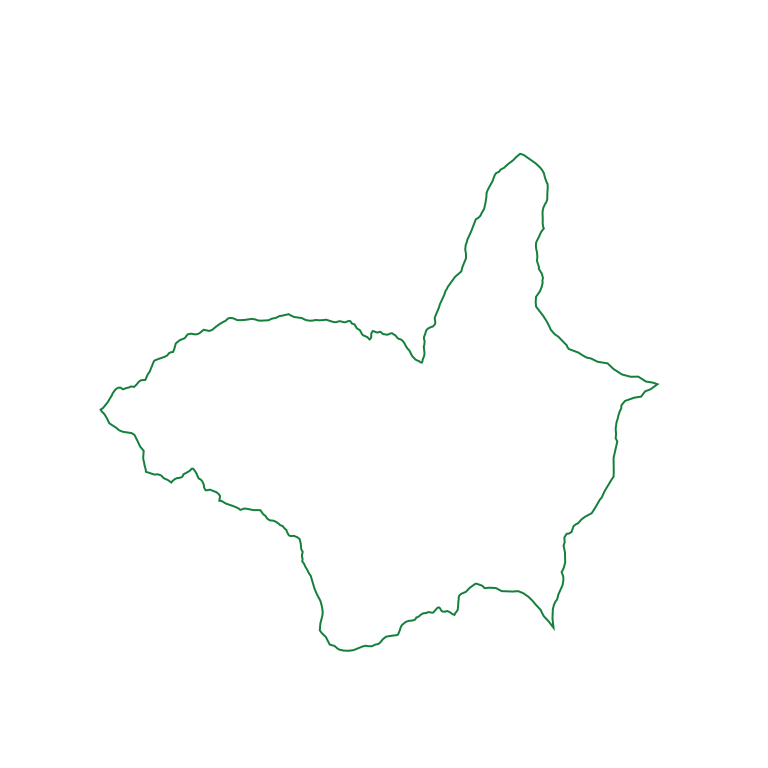 the district of Lauri, Samdrup Jongkhar, Bhutan, rotated 21°
{"feature_id": "84629894B60450500664281", "entity_name": "Lauri", "entity_type": "district", "adm_level": 2, "iso_a3": "BTN", "parent_name": "Bhutan", "parent_adm1": "Samdrup Jongkhar", "projection": "natural_earth1", "projection_center": [91.92, 27.142], "detail": "fine", "context": "isolated", "style": "outline", "palette": "green", "viewbox_px": 768, "rotation_deg": 21, "n_neighbors": 0, "source": "geoboundaries", "source_scale": "gbopen_adm2", "svg_char_len": 6165}
<svg xmlns="http://www.w3.org/2000/svg" viewBox="0 0 768 768"><g transform="rotate(21 384 384)"><path d="M128.6,509.5L131.0,511.2L132.4,511.6L134.3,512.7L138.5,516.1L141.4,519.0L143.7,519.6L150.2,521.0L153.1,522.1L157.4,522.2L165.9,520.3L169.2,520.9L174.2,525.4L178.7,529.8L183.6,532.5L185.6,539.2L186.5,540.9L188.4,543.6L189.7,545.9L192.1,549.1L193.2,551.3L202.3,550.8L205.3,549.3L208.8,549.3L212.3,550.9L216.6,551.1L220.7,552.2L221.2,550.7L222.4,548.3L224.4,546.1L226.9,544.8L228.4,543.6L229.1,542.4L229.1,540.3L232.8,535.9L234.0,534.2L234.8,532.0L236.3,531.5L239.2,533.3L241.3,535.0L242.9,536.8L244.9,538.6L247.2,538.9L249.1,539.9L251.7,542.4L253.0,544.9L254.8,546.7L255.6,547.1L257.1,546.5L259.4,545.0L266.4,545.1L268.9,545.9L271.0,547.3L271.4,548.6L272.1,552.0L274.1,551.4L279.4,552.3L286.8,552.0L290.6,552.1L293.3,552.4L294.2,552.9L295.2,552.9L298.0,550.4L301.4,549.5L307.4,548.5L313.8,546.1L317.8,548.8L320.8,549.7L323.1,551.5L326.2,552.2L329.5,551.3L332.2,551.3L335.7,552.1L337.7,553.0L340.2,552.9L343.5,554.8L345.0,555.1L346.1,556.5L349.2,559.3L351.1,559.5L354.2,558.1L357.6,558.1L360.7,558.9L363.6,563.0L364.9,565.9L365.9,567.7L367.0,568.9L368.0,569.5L368.5,570.8L368.5,572.5L369.3,574.6L370.7,576.5L371.2,578.8L373.9,580.6L376.2,582.9L378.6,584.7L381.6,587.5L384.4,589.4L392.4,599.9L397.1,604.7L402.3,609.2L404.9,612.7L406.7,615.5L408.5,618.8L409.5,622.4L410.4,630.3L412.3,636.9L414.8,638.6L418.0,640.1L420.2,640.9L426.7,646.7L431.7,646.3L436.2,647.9L438.2,647.9L442.0,647.3L446.7,645.7L451.0,643.3L458.2,636.6L460.7,634.9L463.1,634.5L466.6,633.2L469.4,630.3L472.0,628.6L473.2,626.5L474.4,622.7L476.3,619.5L477.0,618.8L482.2,615.8L485.6,614.1L486.9,612.9L487.0,607.8L486.8,605.6L486.9,603.8L487.4,602.1L489.5,598.4L491.9,596.3L494.8,594.9L496.5,593.7L497.4,592.8L497.7,591.8L497.9,590.3L498.5,590.0L499.9,588.4L501.1,586.1L502.6,584.2L504.2,583.2L505.3,582.9L506.6,581.4L508.1,580.8L510.8,580.3L511.9,579.7L514.0,574.0L515.0,573.0L515.8,572.9L517.0,573.5L518.2,574.7L519.4,575.3L520.6,575.4L522.7,574.6L524.3,573.3L527.0,573.4L530.5,574.3L532.5,574.3L532.6,572.8L533.8,568.6L532.5,563.7L531.3,560.3L531.0,558.4L530.3,556.9L530.1,554.8L530.5,553.5L531.7,551.8L535.0,548.6L537.1,543.5L540.9,537.8L541.7,537.3L547.3,537.1L548.8,537.4L550.8,538.5L552.1,538.2L552.9,537.6L556.0,536.2L561.6,534.4L568.1,535.2L578.6,531.6L583.5,529.3L589.1,529.4L595.7,531.1L599.8,532.9L605.1,535.8L611.2,538.8L616.0,543.3L622.6,546.5L629.6,550.8L625.3,542.5L622.3,533.6L621.8,529.3L622.0,525.8L622.8,523.2L622.6,520.6L622.2,518.4L622.8,507.8L621.7,502.6L620.4,499.6L617.2,495.8L617.7,492.9L617.6,489.9L617.0,485.4L613.3,476.4L609.5,470.4L609.4,467.0L607.4,462.7L608.2,458.4L610.0,457.5L610.8,456.8L611.5,455.6L612.1,455.0L611.9,448.7L613.5,446.1L615.2,444.3L616.9,439.7L619.1,436.1L624.2,430.2L625.4,424.6L626.9,415.0L628.0,411.5L628.1,408.9L628.4,404.8L630.7,391.7L631.6,388.3L631.1,387.1L630.3,384.5L624.8,370.7L622.4,354.0L619.7,351.6L618.7,347.8L616.3,342.8L614.8,336.4L614.6,332.6L614.1,329.1L613.9,325.0L614.2,322.1L613.3,318.6L615.1,313.4L622.5,307.1L628.5,303.7L630.4,297.3L634.8,293.3L639.4,286.2L635.1,286.3L627.6,287.8L618.8,286.0L611.5,288.9L602.7,289.8L593.0,287.8L585.3,284.6L575.5,286.7L568.2,286.0L563.7,286.7L559.2,286.1L554.2,285.0L544.1,285.1L541.8,283.7L540.9,282.5L529.9,277.4L525.4,276.3L520.3,273.6L517.2,270.5L513.7,267.4L508.3,263.4L498.3,257.3L496.3,253.3L494.7,248.1L496.3,241.9L496.4,236.9L495.9,232.9L494.8,230.6L494.4,228.1L492.0,224.6L487.3,221.0L486.9,219.5L483.5,215.3L482.4,213.6L482.0,211.5L481.1,209.2L479.3,205.7L477.6,203.2L476.3,200.6L475.3,197.2L476.0,189.8L476.2,186.0L476.9,183.1L477.5,181.6L476.3,180.3L474.5,177.1L473.1,173.1L471.1,168.5L470.1,165.6L469.6,162.3L469.8,158.6L470.4,155.7L470.2,153.0L468.1,147.3L466.6,142.3L465.1,138.7L463.7,137.5L461.1,134.6L459.2,132.1L457.8,129.9L454.9,127.6L452.5,126.1L446.6,123.7L432.4,120.1L428.6,120.3L426.3,124.3L424.4,128.8L420.5,135.1L418.6,139.1L416.0,142.1L415.3,144.7L413.1,146.9L412.5,149.3L412.6,156.0L412.0,160.0L411.3,165.6L411.3,168.9L412.4,172.2L413.8,178.3L414.7,184.7L413.8,190.6L413.8,192.1L412.6,194.9L410.7,197.4L410.7,210.0L410.1,219.6L410.5,222.0L410.4,224.6L411.6,229.2L414.2,233.7L415.5,237.3L415.3,246.3L415.8,251.2L411.9,258.6L408.7,270.6L408.7,272.4L408.1,274.8L408.3,279.4L407.6,289.9L407.9,292.8L407.6,302.7L407.7,304.3L409.1,306.7L410.1,308.8L410.0,310.5L409.0,312.9L407.3,314.1L405.2,316.5L404.3,318.5L404.3,319.7L404.5,322.9L404.5,325.6L405.0,327.4L406.4,329.1L407.2,331.4L407.6,333.1L407.7,334.8L410.8,340.8L411.4,343.1L411.4,347.6L411.8,349.3L411.6,350.5L410.3,350.7L408.2,350.0L407.0,350.2L404.7,349.9L400.4,347.9L395.6,343.6L393.7,342.8L391.1,341.0L388.8,338.9L387.1,337.7L385.3,336.7L382.9,336.4L381.5,336.6L380.0,336.1L376.9,334.4L375.2,334.3L373.6,333.7L372.4,334.1L369.5,336.8L365.3,337.7L364.4,337.5L362.8,336.8L361.8,336.6L359.4,338.3L358.5,338.5L355.5,338.4L354.5,338.6L354.1,341.2L354.2,342.0L355.0,343.9L355.3,345.4L355.1,346.4L354.7,347.5L353.9,347.4L351.7,346.2L347.1,346.0L346.0,345.6L345.3,345.1L343.0,343.0L342.1,342.4L338.9,341.8L338.2,341.4L335.2,338.9L332.4,339.1L330.4,337.6L329.6,337.4L328.6,337.7L325.6,340.3L324.6,340.7L320.4,341.1L318.6,342.2L317.3,343.4L316.1,343.9L313.6,344.3L306.9,344.7L304.4,346.1L301.1,347.6L297.3,348.7L294.8,350.3L292.6,351.3L289.1,352.2L286.4,352.2L283.6,351.9L276.3,353.6L273.1,353.5L270.0,353.0L263.8,357.1L262.2,357.9L259.6,360.8L255.8,363.3L253.3,365.9L246.6,368.9L243.8,369.8L240.4,369.9L237.2,370.6L231.2,374.0L227.0,375.9L224.3,376.9L222.5,376.9L220.8,376.7L218.5,376.9L216.1,377.8L214.7,379.0L213.4,381.9L211.6,383.7L208.9,387.2L206.6,390.7L204.2,395.1L201.8,397.1L196.2,398.0L193.7,402.5L192.0,404.3L189.5,405.5L186.0,406.1L183.9,407.3L182.7,408.4L181.9,411.6L181.4,412.8L177.7,416.2L175.9,419.2L175.1,420.9L175.7,427.0L175.5,429.8L173.4,430.9L172.3,432.2L171.4,435.0L169.1,437.6L164.5,441.4L161.3,444.4L161.0,445.5L160.8,456.7L160.0,459.6L159.7,465.7L155.9,467.5L154.3,469.7L153.2,473.2L151.8,476.2L148.6,477.0L147.3,478.5L144.5,480.4L142.3,482.5L139.4,481.8L137.2,482.7L135.3,485.2L134.0,490.0L134.0,491.9L132.5,500.4L130.3,507.1L128.6,509.5Z" fill="none" stroke="#15803d" stroke-width="2"/></g></svg>